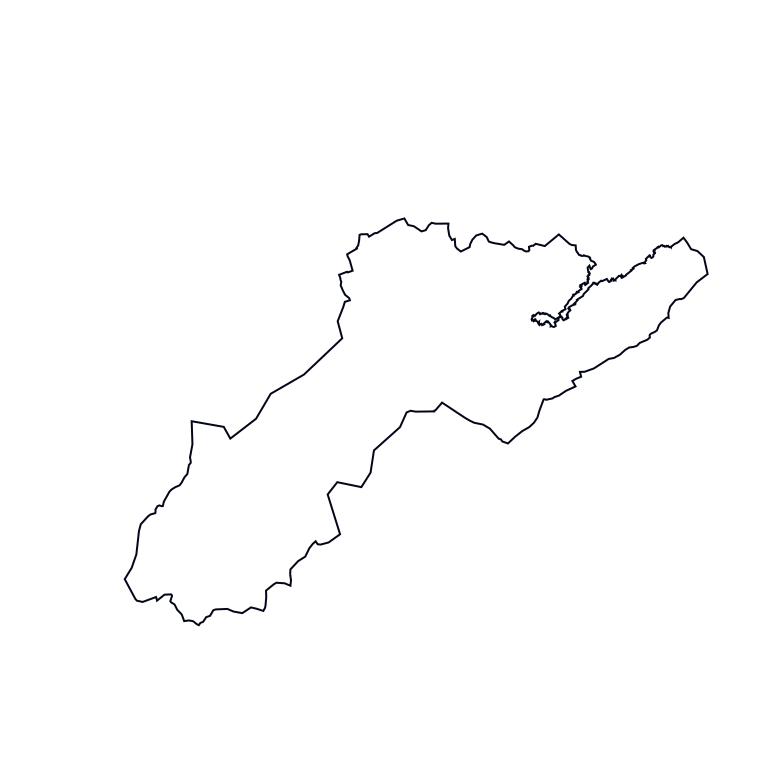 Gaular nor, Sogn og Fjordane, Norway, rotated 141°
{"feature_id": "86288312B84255717767611", "entity_name": "Gaular nor", "entity_type": "district", "adm_level": 2, "iso_a3": "NOR", "parent_name": "Norway", "parent_adm1": "Sogn og Fjordane", "projection": "orthographic", "projection_center": [5.75, 61.331], "detail": "fine", "context": "isolated", "style": "outline", "palette": "ink", "viewbox_px": 768, "rotation_deg": 141, "n_neighbors": 0, "source": "geoboundaries", "source_scale": "gbopen_adm2", "svg_char_len": 6122}
<svg xmlns="http://www.w3.org/2000/svg" viewBox="0 0 768 768"><g transform="rotate(141 384 384)"><path d="M264.0,499.8L271.3,502.9L294.4,505.7L296.4,507.1L302.9,507.9L302.5,510.8L307.4,514.6L309.1,515.3L313.2,511.0L316.9,507.9L319.9,507.0L319.9,506.3L331.0,508.0L331.9,506.1L332.8,501.7L337.1,491.8L341.9,493.5L342.1,494.5L350.2,497.1L351.2,493.9L352.2,492.5L352.9,490.3L355.6,487.9L357.2,482.3L358.1,477.8L357.0,472.5L357.8,470.5L362.7,472.5L367.3,469.4L380.5,461.9L387.7,445.8L440.2,441.7L478.2,447.7L505.3,437.5L537.8,438.3L535.5,451.5L556.9,476.1L570.8,457.7L580.9,449.1L583.2,445.0L584.0,444.3L586.6,443.8L593.5,437.8L597.7,437.1L603.7,434.6L606.7,433.9L611.3,435.2L615.7,435.7L618.6,435.3L629.2,431.1L632.7,428.3L633.7,429.0L635.0,431.0L636.9,431.6L640.5,430.3L642.4,428.0L643.1,427.6L647.4,429.5L650.2,429.7L661.2,428.1L667.0,423.9L683.7,407.4L695.8,399.9L708.3,395.5L712.5,373.5L712.4,371.1L708.7,366.5L695.2,361.9L696.7,358.5L687.1,358.4L681.9,354.5L681.7,354.1L682.1,352.7L686.7,349.7L686.9,348.5L685.5,344.5L686.8,338.5L686.3,333.8L686.3,331.9L688.5,325.5L684.4,323.0L681.9,320.2L681.3,318.6L680.8,315.7L679.7,313.1L677.1,313.9L674.3,313.0L668.9,314.7L665.1,313.3L659.0,315.6L656.6,314.7L647.3,307.8L644.1,301.8L638.3,295.1L628.0,294.1L624.5,289.6L620.6,283.6L617.6,284.8L615.9,286.0L609.7,292.4L605.7,297.7L595.4,297.7L592.6,297.2L586.6,291.6L583.7,286.1L579.8,290.0L576.5,295.4L573.4,298.8L562.2,300.4L553.8,299.4L545.3,303.4L539.8,304.6L536.1,304.8L536.4,301.2L534.3,299.1L526.7,295.7L512.7,294.9L497.3,333.6L482.1,337.1L466.5,318.1L450.2,323.6L433.6,338.7L398.7,340.4L384.3,347.7L380.1,346.4L376.8,342.6L362.2,331.1L361.7,331.6L360.6,331.2L350.6,333.0L342.7,307.8L340.5,301.8L338.3,297.1L332.6,290.2L329.8,282.7L329.3,269.4L328.0,267.3L328.2,264.9L325.1,259.8L315.1,260.5L306.1,260.4L298.4,259.1L292.0,259.5L285.8,261.4L279.8,265.6L269.6,271.6L268.5,270.8L267.8,269.6L262.0,266.7L259.8,266.6L255.4,264.9L247.0,264.2L236.7,261.6L235.7,267.8L231.1,267.1L226.2,265.6L224.1,270.1L220.3,267.2L211.0,264.0L193.6,262.1L188.9,259.5L182.2,258.3L175.2,258.7L170.5,258.1L166.6,255.7L163.3,254.5L159.4,255.0L151.5,252.7L148.1,252.8L147.3,254.3L146.3,255.0L144.7,255.1L141.1,254.1L138.1,253.9L133.4,256.6L130.2,257.4L122.9,257.6L122.1,257.4L121.2,256.2L118.4,260.2L112.9,264.1L104.6,265.8L100.9,264.1L99.6,262.9L96.9,262.1L77.0,266.2L63.3,265.8L55.5,281.4L56.8,290.2L60.5,295.5L59.4,303.4L59.2,309.2L66.2,309.0L70.0,309.9L74.2,310.0L74.9,309.5L74.9,310.2L76.1,310.6L76.4,311.7L76.2,312.4L77.6,312.8L77.5,313.5L79.3,313.9L79.4,315.0L80.3,315.4L80.1,316.1L80.4,316.8L81.2,317.3L84.4,317.3L84.3,318.0L85.4,318.2L86.1,317.9L89.9,318.2L89.9,317.5L91.0,317.6L91.4,316.2L90.7,316.2L90.7,315.8L91.4,315.8L91.4,315.1L93.2,315.0L94.3,313.7L95.3,313.4L96.7,313.6L97.2,315.0L96.4,316.4L96.6,316.9L101.8,316.4L102.2,315.2L105.1,314.3L105.1,313.6L106.0,314.0L106.1,315.1L110.6,316.8L115.4,317.7L117.5,317.6L117.5,316.6L120.3,317.1L120.3,316.4L127.3,316.5L127.7,316.1L131.8,316.7L132.5,316.9L132.5,317.2L130.4,317.5L130.4,317.8L130.7,318.5L131.4,318.6L131.0,319.3L132.4,319.1L133.4,320.2L139.0,319.6L139.1,318.9L139.6,319.3L139.7,320.0L140.4,320.0L139.7,321.7L140.7,321.8L140.7,322.5L142.8,321.8L142.8,321.2L144.9,321.6L145.0,322.6L144.7,325.4L149.9,326.7L150.2,327.6L153.4,327.7L155.8,326.9L156.5,328.4L155.8,328.3L155.9,328.7L156.6,329.4L156.7,330.1L157.8,330.2L157.8,330.9L160.2,330.1L165.1,329.8L165.5,328.9L172.2,328.2L174.0,327.2L180.9,328.0L180.9,327.3L184.8,326.8L184.8,326.1L185.9,326.5L185.9,325.8L188.3,326.7L191.8,327.2L193.2,326.8L193.2,326.1L192.5,326.0L192.5,325.3L191.8,325.3L192.9,324.7L192.9,324.0L195.4,323.9L198.4,322.8L199.0,321.4L198.3,321.4L198.8,320.7L199.1,319.5L201.5,319.8L201.1,320.5L204.3,320.4L204.4,320.6L204.4,322.4L203.6,323.4L203.7,324.4L205.9,325.4L207.4,325.3L207.7,324.9L208.0,323.9L208.7,323.8L211.8,324.1L211.8,324.8L212.8,324.5L213.0,323.1L214.0,321.0L216.1,321.4L216.9,322.5L217.4,323.9L218.1,324.0L217.2,325.0L217.2,329.2L217.9,329.2L217.8,329.9L218.5,329.9L218.5,330.6L221.6,330.4L221.7,329.7L222.4,329.8L222.3,330.4L222.7,330.5L222.7,329.8L224.1,330.2L223.9,331.2L224.0,331.9L226.1,332.0L225.9,333.0L225.3,333.7L226.0,333.8L226.0,334.1L224.9,334.8L225.6,334.8L225.4,335.8L226.1,337.2L225.8,338.3L226.5,338.3L226.1,339.3L227.5,339.4L227.6,338.7L228.3,338.7L228.2,340.5L228.9,340.5L228.5,341.5L226.2,342.5L226.0,343.5L224.6,343.5L224.6,342.8L223.9,342.7L223.9,342.0L221.1,342.5L218.7,342.2L218.6,341.1L218.8,340.4L218.1,340.4L218.1,339.7L216.0,339.3L216.1,338.6L215.4,338.5L215.4,337.8L214.5,337.5L214.7,336.8L213.5,336.4L212.9,334.9L212.5,332.8L211.8,332.8L212.0,332.1L211.4,330.0L210.7,328.9L210.1,326.4L205.4,325.7L203.7,326.2L203.4,327.6L203.6,328.6L201.1,328.7L199.8,328.1L199.7,328.8L195.9,327.9L194.8,330.3L190.6,331.0L188.1,332.3L184.6,332.5L182.1,333.5L181.0,333.2L180.7,334.3L178.6,333.3L176.5,334.1L176.5,333.4L175.1,333.0L175.1,333.7L174.0,333.8L170.6,333.5L170.4,334.2L170.5,335.9L169.4,335.6L169.4,336.3L168.7,336.2L168.7,336.6L169.7,336.6L169.4,337.3L164.2,336.4L164.2,335.7L165.1,335.4L165.3,334.3L161.8,334.2L161.8,335.2L161.1,335.2L161.0,335.9L159.3,336.5L159.6,337.2L158.9,337.2L158.9,337.9L158.2,337.9L158.1,339.6L156.0,339.5L156.0,340.2L154.6,340.3L154.3,341.5L154.7,341.5L154.8,342.3L154.5,342.4L154.1,343.7L152.4,346.4L149.9,346.7L151.1,343.2L150.8,343.0L149.6,342.9L147.6,343.8L144.3,343.4L144.0,344.5L144.0,346.8L145.5,349.5L145.1,351.9L144.6,352.0L144.4,352.7L145.0,354.4L147.4,357.4L147.6,358.2L148.5,358.2L150.1,359.5L150.1,360.2L151.2,361.7L150.9,364.2L151.0,364.8L150.5,367.3L147.8,371.1L150.7,373.9L151.7,376.3L154.0,390.2L172.2,390.0L177.9,397.5L181.1,397.5L182.0,398.4L185.0,399.4L186.9,396.5L188.2,396.3L190.1,397.5L191.4,399.8L191.8,401.8L194.5,404.7L196.3,408.0L196.3,410.5L197.2,416.1L203.0,416.5L209.9,424.3L212.7,428.2L212.8,429.2L211.7,433.6L213.1,439.1L218.9,441.4L224.6,440.5L228.9,438.5L231.4,436.5L240.9,438.6L242.0,443.3L241.9,446.2L237.7,452.2L240.6,453.1L239.9,458.2L236.2,464.7L233.0,468.1L243.2,476.3L245.5,479.3L249.4,479.1L254.8,477.3L258.8,479.0L261.5,487.8L265.2,492.4L264.0,499.8Z" fill="none" stroke="#020617" stroke-width="2"/></g></svg>